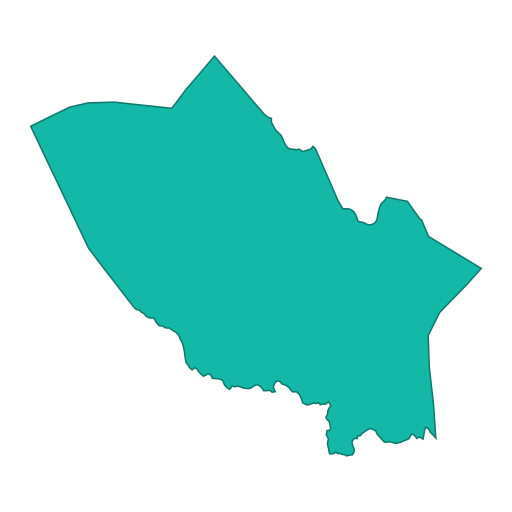 Miguel Calmon, Bahia, Brazil (Equal Earth projection)
{"feature_id": "56859067B28508541952770", "entity_name": "Miguel Calmon", "entity_type": "district", "adm_level": 2, "iso_a3": "BRA", "parent_name": "Brazil", "parent_adm1": "Bahia", "projection": "equal_earth", "projection_center": [-40.57, -11.422], "detail": "fine", "context": "isolated", "style": "filled", "palette": "teal", "viewbox_px": 512, "rotation_deg": 0, "n_neighbors": 0, "source": "geoboundaries", "source_scale": "gbopen_adm2", "svg_char_len": 2928}
<svg xmlns="http://www.w3.org/2000/svg" viewBox="0 0 512 512"><path d="M185.7,89.9L171.9,108.3L129.5,103.8L118.8,102.6L114.3,102.1L103.8,102.4L88.1,102.9L69.6,107.1L30.7,126.2L52.0,171.4L53.6,174.6L88.6,248.3L103.3,267.7L115.1,282.9L132.8,305.9L135.8,309.2L139.3,310.2L141.3,312.1L144.4,313.9L146.0,316.3L149.5,317.9L153.8,318.1L156.1,322.2L159.2,325.7L163.0,326.2L165.5,327.9L169.5,328.1L171.7,329.7L173.5,330.9L176.4,332.7L179.2,336.0L180.4,339.7L181.9,341.9L182.9,344.9L183.6,347.7L184.4,351.7L185.2,358.0L186.0,362.5L187.9,364.9L189.8,367.9L192.1,369.9L194.4,367.8L196.8,368.8L198.8,371.9L200.9,374.0L203.4,376.2L205.6,375.3L208.0,373.8L210.8,375.0L212.3,378.3L215.1,378.6L219.4,378.9L222.7,380.3L224.6,385.1L227.3,388.0L229.7,389.3L232.3,386.0L235.1,386.8L237.3,386.2L240.1,386.7L243.9,388.2L247.7,388.6L250.4,388.3L253.6,386.2L256.5,384.7L258.8,385.3L261.4,387.2L263.6,390.7L267.0,390.7L269.5,390.2L272.1,392.2L275.3,391.6L273.3,387.2L274.8,383.1L277.3,380.7L280.1,381.7L282.0,384.0L285.6,385.1L288.9,387.4L290.8,390.1L293.1,392.1L295.3,391.6L297.4,392.3L299.7,395.1L301.3,398.6L302.8,402.9L306.6,404.9L309.0,404.7L311.5,403.7L313.8,403.0L316.3,403.5L318.7,402.7L320.2,404.7L322.3,404.1L325.7,404.1L328.5,401.8L331.1,405.7L329.3,407.7L328.0,410.2L327.7,413.7L325.8,417.5L327.2,419.6L329.0,421.1L329.8,424.2L330.6,428.1L329.6,430.4L327.0,430.5L326.3,434.9L328.4,438.7L327.4,443.6L328.3,447.6L328.9,450.6L329.6,453.8L333.2,453.8L336.0,452.1L337.8,453.7L339.9,453.3L342.3,454.5L344.4,454.5L346.6,455.9L349.7,455.1L352.4,454.9L354.0,452.1L354.2,449.1L352.7,445.4L352.0,441.8L354.1,438.5L357.1,438.6L357.9,435.7L360.3,435.7L362.2,433.3L364.1,432.1L367.3,429.9L370.5,428.4L373.4,429.7L375.7,430.9L377.3,434.3L379.9,437.2L382.4,440.0L384.4,442.1L387.0,442.2L389.0,441.7L391.9,442.2L395.0,443.3L397.4,443.2L399.5,442.4L401.7,441.9L403.9,440.8L406.5,439.9L409.2,438.5L410.3,436.2L411.6,433.9L414.3,435.1L416.7,438.4L419.7,437.0L423.0,439.1L423.8,435.3L424.4,431.2L425.4,427.4L427.9,428.2L429.4,430.2L430.4,432.5L433.0,434.8L435.8,438.1L433.6,405.1L433.2,401.6L429.3,367.0L428.2,335.5L439.7,312.4L467.0,284.4L481.3,268.4L479.0,267.1L474.6,264.4L428.6,236.5L421.6,220.1L419.8,218.8L416.8,214.5L407.3,201.3L386.5,197.2L385.2,199.7L383.5,201.5L381.2,203.7L379.6,207.4L378.6,210.8L377.7,214.9L377.3,218.2L376.3,221.0L374.2,223.5L371.4,224.6L368.2,224.9L365.3,223.4L363.2,222.5L361.0,222.0L358.1,221.4L356.9,217.7L355.3,214.0L353.6,211.5L351.0,209.6L348.4,208.8L345.7,208.7L342.8,208.7L337.7,200.0L334.9,193.4L319.1,157.1L317.3,152.9L315.5,148.9L312.9,146.3L311.0,149.0L309.0,149.6L306.0,150.6L302.8,151.5L299.5,149.3L296.2,149.6L292.2,149.1L289.5,148.8L287.3,147.4L285.4,144.8L284.0,142.0L282.6,138.4L281.3,135.7L278.3,132.6L275.9,130.3L274.2,127.5L272.8,124.9L271.4,122.0L271.4,118.3L267.8,117.2L264.4,114.4L252.1,100.1L240.9,86.9L237.6,83.1L214.5,56.1L193.3,81.0L185.7,89.9Z" fill="#14b8a6" stroke="#0f766e" stroke-width="1.5"/></svg>